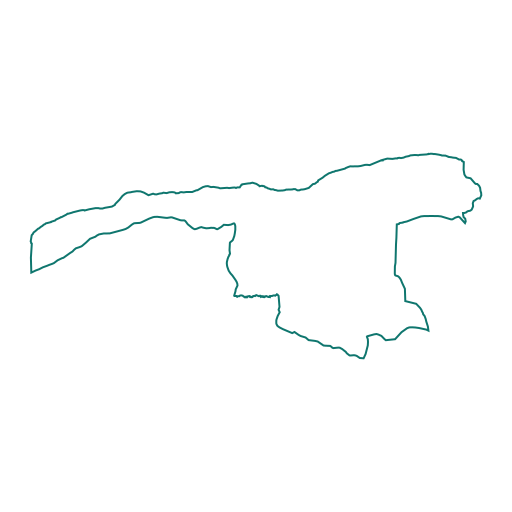 the district of Bongandanga, Équateur, Democratic Republic of the Congo
{"feature_id": "63176286B86504731111535", "entity_name": "Bongandanga", "entity_type": "district", "adm_level": 2, "iso_a3": "COD", "parent_name": "Democratic Republic of the Congo", "parent_adm1": "Équateur", "projection": "mercator", "projection_center": [20.934, 1.471], "detail": "fine", "context": "isolated", "style": "outline", "palette": "teal", "viewbox_px": 512, "rotation_deg": 0, "n_neighbors": 0, "source": "geoboundaries", "source_scale": "gbopen_adm2", "svg_char_len": 6055}
<svg xmlns="http://www.w3.org/2000/svg" viewBox="0 0 512 512"><path d="M234.2,295.6L234.4,296.0L236.4,296.0L236.9,296.7L237.2,296.8L237.8,296.2L239.3,296.2L240.1,295.5L241.4,295.4L242.7,295.7L243.8,296.7L244.2,296.7L245.0,297.4L245.4,297.3L246.0,296.7L246.6,296.7L246.7,297.3L247.1,297.3L247.5,296.7L248.1,296.2L248.7,296.2L249.3,296.5L249.6,296.1L249.9,296.2L250.0,296.4L249.7,296.7L250.2,297.1L250.8,296.8L251.4,296.9L251.6,297.2L252.4,297.1L252.8,296.3L253.4,296.0L253.9,296.1L254.7,295.8L255.2,296.0L256.2,295.1L258.9,296.2L259.7,296.1L260.1,295.7L260.4,295.8L261.1,296.1L261.1,296.7L261.7,296.4L261.9,296.6L262.3,296.2L264.0,296.4L263.7,297.1L264.3,297.2L264.9,296.9L265.3,296.4L265.7,296.2L266.4,296.1L266.8,296.4L267.8,296.6L268.2,297.0L269.3,297.0L269.3,296.6L269.6,296.3L270.1,296.9L270.7,296.0L272.1,296.0L273.2,295.5L274.4,295.4L275.2,295.7L276.2,294.9L276.6,294.9L276.9,294.3L277.4,294.5L278.6,295.9L279.5,306.9L278.6,309.8L279.7,312.2L277.7,316.0L276.5,319.5L276.3,320.6L276.3,323.3L276.5,324.1L277.3,325.7L278.1,326.4L279.5,327.4L282.8,329.1L292.2,333.1L294.5,332.0L298.6,334.9L300.6,336.0L305.6,337.5L308.6,340.1L315.0,340.9L317.7,341.5L323.5,345.5L325.5,345.7L330.1,345.9L331.3,346.7L332.3,347.7L333.3,348.1L338.3,347.6L339.7,347.7L342.1,349.0L345.8,351.9L346.8,353.3L349.5,355.4L350.4,355.5L354.0,355.2L355.7,355.5L356.9,356.0L359.8,358.0L363.6,358.3L365.6,354.0L367.8,345.4L368.0,341.9L367.8,339.1L366.9,336.8L367.2,336.3L374.0,334.4L376.5,334.0L378.5,334.6L381.4,335.9L384.5,339.1L385.8,340.2L395.1,339.2L401.5,332.2L407.1,328.2L409.3,327.4L412.1,327.3L415.3,327.5L419.0,328.0L426.3,329.6L428.4,330.6L427.9,326.6L426.3,321.6L425.7,319.0L424.6,316.0L423.2,314.3L422.9,313.0L422.1,311.6L421.3,309.7L420.0,307.8L416.2,303.8L405.3,301.1L404.9,288.8L402.0,282.6L400.9,279.8L399.9,278.2L398.9,277.0L397.9,276.2L395.5,275.5L395.1,275.1L394.8,274.0L394.8,272.5L394.9,266.4L395.5,262.9L396.0,244.4L396.4,237.7L396.8,224.4L398.9,224.0L399.3,223.3L399.9,223.0L402.9,222.6L403.1,222.3L406.8,221.5L413.4,219.0L421.0,216.4L423.8,216.1L431.4,216.0L438.3,216.1L441.1,216.4L451.1,219.4L452.5,219.3L455.4,217.6L458.3,216.7L459.7,217.3L465.0,223.1L465.7,221.4L465.2,218.7L463.6,217.1L463.1,214.8L463.0,213.0L464.3,213.0L466.2,212.4L467.2,211.5L468.1,211.1L469.9,210.8L470.7,210.4L471.7,209.6L472.9,206.9L473.1,206.2L472.8,203.2L473.6,201.0L475.1,200.3L476.7,199.0L478.1,198.3L478.9,198.3L479.8,198.6L481.3,195.3L481.1,192.7L480.5,191.0L480.1,187.8L479.1,185.8L477.3,184.0L475.7,183.9L475.0,183.4L470.6,178.3L466.4,177.4L465.4,176.1L464.4,174.5L463.6,169.8L463.8,162.0L462.4,161.3L462.5,161.1L461.4,159.9L460.7,159.5L459.0,159.5L458.5,159.2L456.0,157.9L452.9,157.6L451.6,157.3L448.4,156.9L448.3,156.7L445.4,155.6L441.8,155.5L441.5,155.3L439.0,154.7L434.7,154.0L434.0,154.1L432.3,153.8L430.7,153.7L428.5,154.1L428.4,153.9L426.9,154.4L419.6,154.9L418.1,155.3L417.2,155.1L414.7,155.0L410.4,155.4L408.8,156.1L405.7,156.7L403.6,157.6L401.0,158.1L399.2,157.8L397.6,158.1L397.3,158.4L395.5,158.4L392.5,158.9L387.3,158.6L382.6,159.9L383.0,160.2L382.9,160.4L380.8,160.5L369.7,165.1L367.0,164.8L365.0,164.9L360.6,166.0L358.2,166.3L351.8,166.4L350.3,166.3L348.2,167.0L345.6,168.1L345.0,168.6L336.9,170.8L335.6,170.9L334.0,171.7L332.6,171.9L330.8,172.7L328.9,173.3L324.9,175.8L322.6,177.7L318.2,180.4L317.8,181.7L316.5,182.4L315.3,183.5L314.3,183.9L313.2,184.0L312.7,184.3L308.8,187.9L304.7,189.2L302.8,189.5L301.0,189.6L299.3,190.3L297.3,190.3L295.2,189.1L293.4,189.1L292.6,189.4L291.2,189.5L286.2,189.6L284.7,190.2L282.6,190.5L277.9,190.7L275.9,190.1L274.7,190.0L273.2,189.3L270.9,189.4L269.5,188.8L267.7,188.3L266.6,187.5L265.2,187.3L264.7,186.5L264.1,186.2L262.9,186.1L262.8,185.9L261.8,185.8L259.6,186.2L259.5,185.9L256.4,183.9L252.5,182.7L250.7,183.1L250.3,183.3L248.4,183.4L242.3,184.3L242.2,184.6L241.5,184.7L239.7,187.4L237.2,187.4L236.0,188.0L234.9,187.5L233.0,187.6L229.1,188.1L227.1,187.8L220.4,188.3L219.7,188.2L218.5,187.7L213.5,186.9L211.0,187.1L207.9,186.1L205.6,186.3L202.9,187.1L197.5,190.2L196.4,190.3L192.2,192.0L186.4,192.0L183.7,192.4L181.2,192.1L180.1,192.3L178.7,193.1L175.9,193.3L175.6,192.9L174.1,192.3L172.1,192.1L169.3,192.3L166.7,193.1L163.3,192.7L162.3,193.2L159.4,193.6L156.5,194.4L154.8,194.3L153.1,193.7L148.5,195.2L143.9,192.6L140.5,191.4L136.8,191.2L132.2,191.9L130.5,192.3L127.9,192.6L126.9,192.9L124.7,194.1L122.4,196.0L119.5,199.7L115.3,203.9L114.9,204.9L111.9,206.6L104.9,207.8L102.6,208.5L99.9,208.5L98.3,208.1L95.7,208.1L89.1,209.3L84.6,210.5L84.1,210.1L82.5,210.1L80.1,210.5L72.9,212.3L71.9,212.7L68.0,213.8L67.5,213.7L66.4,214.6L61.4,217.2L60.7,217.2L59.9,217.8L56.1,219.5L55.1,220.5L51.1,221.8L51.0,222.1L45.8,223.4L44.9,224.2L43.7,224.7L42.4,225.9L40.9,226.8L38.8,228.5L38.1,228.7L35.4,231.1L33.7,232.4L32.9,233.7L32.9,233.9L31.7,235.2L30.7,241.4L31.3,242.8L31.2,243.1L31.8,243.7L30.9,257.6L31.3,272.6L35.7,270.5L39.2,269.2L42.9,267.3L47.3,265.7L49.2,264.9L52.3,263.8L53.9,263.1L57.6,260.3L62.0,258.2L63.4,257.8L70.1,253.0L72.5,251.5L74.2,249.7L75.9,248.3L79.3,247.2L81.3,246.4L82.1,245.9L86.1,242.5L90.0,238.8L95.4,236.7L96.8,235.6L99.0,234.4L103.6,233.5L109.7,233.4L122.8,229.9L125.6,229.0L128.3,227.5L131.9,224.6L133.8,223.4L134.7,223.2L139.7,222.9L140.8,222.6L149.2,218.6L153.0,217.2L154.6,216.9L157.3,216.8L165.5,217.8L167.1,217.9L171.0,217.3L172.0,217.4L180.3,220.2L181.7,220.4L184.3,220.4L185.3,221.0L186.1,222.0L187.8,224.3L192.5,228.1L194.3,229.1L194.9,229.2L196.6,228.8L199.5,227.6L201.3,227.1L203.3,227.7L206.3,228.3L209.1,228.1L210.9,227.8L214.0,227.9L214.9,228.2L216.7,229.1L217.2,229.2L217.6,229.1L221.3,226.9L223.8,224.8L228.2,225.1L230.9,224.6L233.4,223.5L234.0,223.4L234.3,223.5L234.7,224.1L235.1,225.2L235.3,226.4L235.3,229.8L234.8,233.4L234.3,236.0L232.9,239.9L232.1,240.8L230.1,242.4L229.9,242.8L229.5,250.2L230.0,253.8L229.3,254.7L229.3,255.4L228.5,256.6L227.6,259.0L226.9,261.9L226.8,263.4L227.0,265.2L227.3,266.8L228.7,270.7L230.5,273.4L232.4,275.5L235.4,279.8L236.6,281.8L237.3,283.7L237.5,285.5L237.2,286.2L235.7,289.4L235.5,291.2L234.2,295.6Z" fill="none" stroke="#0f766e" stroke-width="2"/></svg>